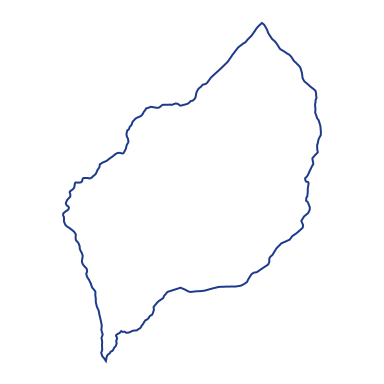 Tendu, Samchi, Bhutan
{"feature_id": "84629894B47921188785963", "entity_name": "Tendu", "entity_type": "district", "adm_level": 2, "iso_a3": "BTN", "parent_name": "Bhutan", "parent_adm1": "Samchi", "projection": "mercator", "projection_center": [88.91, 27.157], "detail": "fine", "context": "isolated", "style": "outline", "palette": "blue", "viewbox_px": 384, "rotation_deg": 0, "n_neighbors": 0, "source": "geoboundaries", "source_scale": "gbopen_adm2", "svg_char_len": 5857}
<svg xmlns="http://www.w3.org/2000/svg" viewBox="0 0 384 384"><path d="M91.0,284.4L92.2,287.6L93.1,288.6L95.3,291.4L95.4,293.2L95.3,295.3L95.8,298.9L95.8,302.2L96.9,306.8L98.6,310.4L99.6,315.5L100.5,319.3L101.3,323.1L101.8,325.8L101.3,329.8L102.7,334.5L101.5,338.0L102.2,342.0L102.0,344.8L102.1,347.3L102.2,350.1L101.2,352.8L102.2,356.0L104.2,358.4L105.9,361.0L106.3,359.1L106.5,357.6L106.8,356.6L107.0,356.0L107.6,354.9L108.2,354.4L109.4,353.6L110.1,352.7L110.4,352.1L111.2,351.3L112.1,351.1L112.7,350.5L113.2,349.8L113.6,348.9L114.2,347.7L115.2,346.6L115.7,346.1L116.2,344.9L116.5,343.7L116.7,343.1L116.4,342.3L116.3,341.5L116.2,340.9L116.5,340.1L116.7,339.5L117.1,338.8L117.0,338.2L116.7,336.9L116.1,336.2L116.0,335.4L116.4,334.9L117.5,334.0L118.4,333.6L119.5,333.1L120.6,331.8L121.2,331.1L122.3,331.8L123.2,331.9L123.9,331.7L124.8,331.8L125.5,332.3L126.3,332.8L127.3,332.7L128.9,332.5L130.2,332.0L131.8,331.2L132.4,330.9L133.2,330.7L133.8,330.6L135.3,330.5L136.0,330.4L136.9,330.3L137.8,329.6L138.3,329.2L139.0,328.8L140.0,328.3L141.2,326.8L141.4,326.0L142.1,325.2L143.0,324.1L143.7,322.8L144.9,320.9L145.5,320.2L146.1,320.0L147.0,319.5L148.4,318.4L148.9,317.6L149.6,316.4L150.1,315.8L150.9,315.4L152.0,314.8L152.3,314.3L152.7,313.6L153.9,309.9L153.6,306.9L156.9,302.9L158.7,301.1L163.2,298.1L164.0,296.0L167.5,291.9L177.2,288.8L180.5,287.7L184.8,289.5L187.9,291.2L190.2,292.0L196.2,291.3L201.0,291.1L204.7,290.6L212.7,288.4L218.9,286.9L226.9,286.6L235.8,286.5L240.8,285.7L244.4,283.9L247.1,281.9L247.9,280.0L249.6,277.1L251.2,274.7L251.9,273.8L254.1,272.6L256.8,272.2L260.8,269.4L266.7,265.5L268.2,264.5L269.3,261.8L269.3,259.7L269.3,258.5L270.3,256.8L272.5,254.9L273.7,252.8L276.5,248.3L278.0,246.8L281.4,243.3L283.3,242.5L289.6,239.7L292.3,236.1L296.3,233.4L299.1,231.0L302.7,227.7L303.1,225.2L301.3,220.9L304.1,216.4L308.0,213.2L308.8,211.8L309.5,210.3L309.8,208.9L309.8,207.2L308.3,203.3L307.5,201.8L306.1,200.7L306.3,197.9L307.3,196.3L307.6,193.7L307.8,190.9L307.7,189.2L308.6,183.4L308.2,182.1L306.7,181.7L306.0,181.5L305.3,180.0L305.1,178.3L306.9,176.5L308.0,174.9L309.4,171.6L312.1,166.0L313.2,164.3L313.2,163.6L313.2,162.9L313.0,161.6L312.5,159.7L312.4,158.3L314.8,155.4L317.7,152.5L317.7,151.1L317.3,149.9L317.2,148.2L317.1,145.0L317.7,143.7L318.0,142.1L318.5,139.4L319.7,137.0L320.8,135.1L320.9,132.1L320.6,128.4L320.3,125.6L318.6,120.2L316.8,117.7L316.7,116.6L315.8,114.3L315.2,112.7L315.4,109.4L315.4,107.7L315.1,106.6L315.1,105.2L315.1,104.1L315.6,102.0L315.5,100.4L316.0,98.9L316.5,98.0L316.4,97.3L316.3,96.6L316.1,95.5L316.1,93.1L315.4,90.7L314.1,89.5L310.4,86.6L307.4,83.9L304.4,81.4L303.3,79.6L302.5,77.8L302.3,75.8L302.0,73.5L301.8,72.4L300.5,68.2L299.4,66.2L297.1,64.0L295.5,62.3L294.0,61.1L291.6,57.3L290.3,55.7L289.0,54.5L287.2,53.6L285.0,52.0L283.4,51.0L281.0,49.6L280.0,48.9L278.4,46.4L277.5,44.9L276.3,43.2L275.1,41.6L274.1,40.7L272.1,39.0L269.8,35.5L268.1,32.8L267.2,30.1L266.2,28.2L264.8,25.7L264.2,24.9L263.3,24.0L261.9,23.0L258.3,26.3L256.3,28.7L255.1,30.6L253.7,32.6L251.5,35.7L247.7,39.5L245.2,42.5L243.9,43.0L238.2,47.4L235.3,51.1L234.1,52.8L232.3,55.0L231.5,56.3L227.7,61.8L221.6,67.8L211.0,77.5L209.9,79.0L208.8,80.5L208.0,81.6L206.7,83.3L206.0,83.7L204.8,84.2L202.7,84.7L200.7,87.0L199.4,87.9L198.2,89.2L197.8,89.8L196.5,92.4L196.1,94.0L195.7,96.5L195.4,97.5L194.9,98.6L194.2,99.3L192.8,100.6L191.1,101.0L190.2,101.5L189.0,102.8L187.9,103.6L186.4,104.2L185.2,104.5L183.4,104.9L182.3,105.3L181.1,105.5L180.4,105.6L179.8,105.4L178.5,104.3L177.5,103.8L176.4,103.6L175.6,103.5L174.5,103.9L172.7,104.5L171.6,104.9L170.4,104.7L169.6,104.6L167.8,104.8L166.2,104.7L165.0,104.8L163.3,104.8L162.6,104.8L161.4,105.7L159.7,107.1L159.1,107.5L158.1,107.8L157.2,107.8L156.2,107.7L154.1,107.4L153.3,107.2L151.4,106.9L150.4,106.9L148.9,107.6L147.7,108.0L146.0,108.5L145.5,109.7L143.7,112.0L142.7,114.0L141.9,115.1L141.2,115.7L140.6,116.2L138.9,116.9L138.0,117.3L137.1,117.7L136.5,118.0L136.0,118.3L134.9,119.2L134.2,120.1L132.9,121.4L132.0,123.1L131.8,124.1L131.3,125.3L130.1,126.4L129.5,127.4L129.3,128.2L128.8,129.3L128.2,129.9L127.3,130.4L127.0,131.7L126.6,133.2L126.5,134.1L126.6,135.0L126.9,136.6L127.9,138.6L128.1,139.5L128.3,140.6L128.4,141.6L128.2,142.5L127.5,143.7L126.9,144.7L126.5,145.7L126.1,147.8L125.8,148.8L124.3,151.8L123.8,152.6L123.1,153.4L122.3,153.5L120.0,152.9L119.1,152.9L118.0,152.9L116.4,153.5L113.9,155.3L112.9,156.3L111.0,157.5L108.6,159.3L106.7,160.8L105.3,161.5L103.1,162.3L100.9,163.7L100.0,164.1L99.7,164.8L99.7,165.7L99.6,166.4L99.3,167.3L98.6,168.5L98.2,169.0L97.4,170.0L97.3,170.6L96.9,171.6L95.8,173.7L95.3,174.4L92.8,176.5L91.7,177.6L91.1,177.9L90.1,178.3L89.2,178.5L88.4,178.1L87.5,178.0L83.8,178.0L83.0,178.3L82.5,179.3L82.4,180.0L82.2,180.8L82.0,181.4L81.5,181.9L80.8,182.4L78.8,182.6L77.8,182.6L77.1,182.6L75.9,182.4L74.9,183.2L74.7,184.6L74.6,185.6L74.3,187.0L74.1,187.8L73.2,188.9L72.3,189.7L70.8,190.8L69.9,191.4L69.7,192.5L70.0,193.4L70.3,194.2L70.3,194.9L70.3,195.7L70.2,196.8L69.5,197.5L68.1,198.9L67.2,200.0L66.6,201.2L66.3,201.8L66.1,202.4L65.8,203.5L66.7,205.3L67.2,205.8L67.9,206.1L68.4,206.6L68.9,207.6L68.7,208.6L68.2,209.7L67.2,210.4L65.3,211.6L63.6,213.1L63.1,213.9L63.2,215.7L63.7,216.6L64.0,217.3L64.0,218.1L64.0,219.2L63.9,220.9L64.1,221.8L64.9,223.8L65.4,224.9L66.9,226.4L69.7,228.2L71.5,229.6L72.5,230.4L74.0,231.6L74.8,232.8L75.6,233.9L75.8,235.4L75.6,237.1L75.6,237.9L75.8,239.6L76.0,240.3L76.7,241.2L77.7,242.1L78.1,242.6L78.9,244.1L79.2,245.1L79.5,245.8L79.7,246.7L79.7,247.4L79.7,248.3L80.2,249.9L80.7,250.9L81.0,251.8L81.7,252.6L82.0,253.5L82.6,255.4L82.7,256.1L82.6,256.8L82.2,259.2L81.9,261.0L81.9,261.7L82.1,262.5L82.7,263.9L83.5,265.2L85.2,267.2L85.8,267.7L86.4,268.3L86.8,269.3L87.1,270.6L87.1,271.5L86.7,272.7L86.3,273.6L86.4,274.7L86.9,276.2L87.6,277.8L88.7,279.4L89.1,279.9L90.1,282.3L91.0,283.7L91.0,284.4Z" fill="none" stroke="#1e3a8a" stroke-width="2"/></svg>